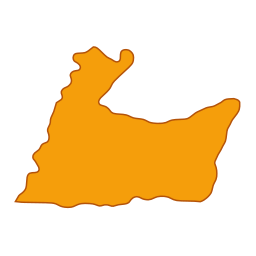 the district of Villa Bisonó, Santiago, Dominican Republic, rotated 91°
{"feature_id": "3306468B37188297910356", "entity_name": "Villa Bisonó", "entity_type": "district", "adm_level": 2, "iso_a3": "DOM", "parent_name": "Dominican Republic", "parent_adm1": "Santiago", "projection": "mercator", "projection_center": [-70.869, 19.575], "detail": "fine", "context": "isolated", "style": "filled", "palette": "amber", "viewbox_px": 256, "rotation_deg": 91, "n_neighbors": 0, "source": "geoboundaries", "source_scale": "gbopen_adm2", "svg_char_len": 3441}
<svg xmlns="http://www.w3.org/2000/svg" viewBox="0 0 256 256"><g transform="rotate(91 128 128)"><path d="M100.2,16.8L99.1,17.5L98.1,18.7L97.5,20.2L96.8,22.7L97.2,28.1L97.5,29.9L98.0,31.5L98.8,32.9L100.8,35.4L104.3,41.7L105.0,43.6L106.0,48.5L106.6,50.4L110.8,59.1L111.9,60.9L115.9,65.9L117.0,67.6L117.5,68.6L117.8,69.6L118.2,71.8L118.8,80.7L119.3,84.0L119.9,85.9L121.9,90.2L122.6,93.4L122.8,95.6L122.9,99.0L122.7,102.4L122.4,104.6L121.9,106.7L119.9,110.9L119.2,112.8L118.8,115.0L118.2,120.6L117.8,122.8L117.1,124.7L115.6,128.1L115.0,130.0L114.5,133.3L114.1,139.9L113.6,142.9L112.7,144.6L112.2,145.2L109.0,147.9L107.4,150.0L106.7,151.6L105.8,154.9L105.2,156.4L104.6,157.0L103.8,157.5L103.0,157.7L102.1,157.8L101.2,157.6L99.7,156.9L98.2,155.8L92.3,149.8L89.9,147.7L88.2,146.5L83.7,144.3L81.2,142.4L76.6,137.9L67.5,128.4L64.4,125.6L62.6,124.5L60.6,123.9L57.5,123.7L55.4,124.0L54.4,124.3L52.8,125.3L51.4,126.7L50.3,128.3L50.0,129.3L49.7,131.3L49.9,133.2L50.2,134.1L50.6,134.9L51.3,135.7L52.0,136.2L52.9,136.5L54.6,136.8L59.0,136.9L60.5,137.4L61.2,138.0L61.7,138.7L62.0,139.6L62.1,140.4L62.0,141.3L61.4,142.9L59.6,145.9L58.4,148.5L57.4,150.3L55.4,152.7L50.5,157.9L48.7,160.1L47.9,161.7L47.7,162.5L47.6,164.1L51.6,169.0L52.7,170.8L53.2,171.8L53.5,172.8L53.8,174.8L54.2,179.6L54.5,181.4L54.9,182.2L55.4,182.9L56.2,183.5L57.0,183.8L58.7,184.1L60.4,183.8L61.2,183.4L61.9,182.9L62.4,182.3L64.0,179.5L65.6,177.7L67.0,176.9L67.9,176.7L68.7,176.7L69.5,177.0L70.3,177.4L70.8,178.1L71.2,178.8L71.8,182.0L72.3,183.6L73.2,185.0L74.4,186.1L75.9,186.6L76.7,186.6L80.2,185.5L82.0,185.3L83.8,185.7L84.6,186.1L86.0,187.2L87.2,188.5L87.7,189.2L89.3,192.5L90.3,193.8L90.9,194.3L92.3,195.1L93.0,195.3L94.5,195.2L97.1,194.3L98.7,194.2L99.5,194.4L100.2,194.8L100.8,195.3L104.0,200.0L112.9,202.5L118.9,205.1L120.7,205.6L124.0,205.8L125.6,206.2L128.9,207.7L130.6,208.3L132.4,208.3L136.0,207.1L137.8,206.8L139.6,206.8L141.3,207.1L142.8,207.9L143.4,208.5L144.1,209.9L145.0,212.1L145.8,213.4L147.0,214.4L150.0,215.8L151.3,216.7L154.6,220.8L156.2,222.0L157.1,222.4L158.9,222.6L160.4,222.2L163.2,219.9L168.7,216.6L170.5,216.2L171.3,216.2L172.1,216.5L172.9,217.0L173.5,217.7L173.8,218.5L174.2,220.2L174.4,223.0L174.8,224.8L175.1,225.7L175.7,226.4L176.4,227.0L177.3,227.5L179.1,228.0L187.6,228.6L189.7,229.0L190.7,229.4L191.7,229.9L193.4,231.2L194.9,232.8L196.4,234.8L197.6,236.0L203.5,239.3L204.0,233.7L204.1,230.1L204.1,208.8L204.3,202.9L204.6,200.7L205.2,198.5L207.2,194.3L207.8,192.4L208.2,190.2L208.4,186.8L208.1,183.4L207.5,181.3L205.5,177.0L204.8,175.1L204.4,173.0L204.1,169.6L204.2,165.1L204.5,161.8L205.0,159.7L206.1,156.5L206.4,155.0L206.2,153.4L205.3,150.3L205.2,148.5L205.3,146.8L206.4,142.9L206.4,141.3L204.9,136.2L204.0,129.8L203.5,127.8L202.6,126.1L202.0,125.5L199.4,123.6L197.7,121.7L196.9,120.1L196.5,118.2L196.6,117.3L197.0,115.5L198.5,112.3L199.0,110.6L199.3,108.6L199.4,106.6L198.8,103.6L196.9,99.4L196.2,97.5L195.7,94.1L195.7,90.7L196.0,88.5L196.5,86.3L198.8,81.2L199.6,78.0L199.9,73.3L200.0,60.2L200.4,54.4L199.7,52.7L198.7,50.9L196.7,48.3L195.2,46.7L193.6,45.3L191.9,44.1L190.9,43.6L189.0,43.0L184.1,41.9L182.3,41.2L178.1,39.2L175.1,38.5L172.0,38.4L168.9,38.6L166.0,39.2L162.1,40.6L161.3,40.7L159.7,40.4L153.1,37.5L148.2,34.7L144.6,33.0L141.3,31.2L139.5,30.4L136.6,29.8L129.4,29.0L127.4,28.5L126.5,28.1L122.4,25.9L119.7,24.7L118.0,23.8L112.0,19.4L109.1,17.7L107.3,17.1L104.4,16.7L100.2,16.8Z" fill="#f59e0b" stroke="#b45309" stroke-width="1.5"/></g></svg>